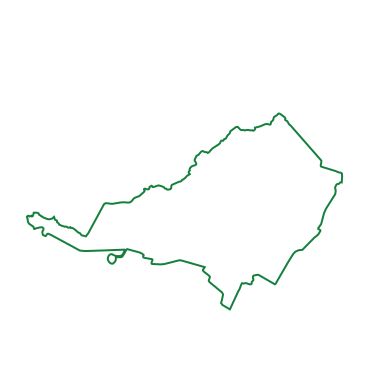 the Province of Ahal, rotated 120°
{"feature_id": "TKM-352", "entity_name": "Ahal", "entity_type": "Province", "adm_level": 1, "iso_a3": "TKM", "parent_name": "Turkmenistan", "parent_adm1": "", "projection": "orthographic", "projection_center": [59.653, 37.88], "detail": "fine", "context": "isolated", "style": "outline", "palette": "green", "viewbox_px": 384, "rotation_deg": 120, "n_neighbors": 0, "source": "natural_earth", "source_scale": "10m", "svg_char_len": 6007}
<svg xmlns="http://www.w3.org/2000/svg" viewBox="0 0 384 384"><g transform="rotate(120 192 192)"><path d="M293.5,319.7L292.9,319.3L293.3,318.6L292.9,318.1L292.5,317.9L292.1,317.9L289.8,318.4L289.1,318.7L288.0,317.0L287.4,315.7L287.2,314.2L287.4,313.9L288.0,313.3L288.1,312.9L288.1,311.9L288.1,311.6L288.4,310.2L288.4,309.7L288.1,309.3L288.4,308.0L288.3,307.1L288.1,306.3L287.9,304.3L287.6,303.3L287.2,302.3L286.7,301.6L285.9,300.7L285.1,300.0L284.2,299.5L283.1,299.3L282.5,299.1L283.0,298.4L283.9,297.6L284.4,297.0L284.5,296.5L284.3,295.4L284.4,294.7L284.7,294.4L285.1,294.3L285.5,294.0L285.7,293.4L285.7,292.3L285.9,291.8L286.1,291.4L286.6,290.8L286.6,290.4L286.6,290.1L286.4,288.4L285.7,285.0L285.0,283.9L284.8,283.4L284.8,282.1L284.7,281.5L284.5,280.9L284.3,280.6L284.1,280.2L283.7,279.9L283.3,279.8L283.4,279.4L283.6,279.0L282.9,277.4L283.1,274.6L284.0,270.1L283.7,269.3L283.7,268.6L283.8,268.0L284.1,267.6L284.3,267.0L284.5,266.4L284.6,265.7L284.5,265.0L283.9,263.6L283.5,261.7L281.7,261.5L279.5,261.2L246.5,262.1L245.0,261.3L244.1,259.7L242.7,256.3L241.8,254.7L237.0,248.9L234.9,245.8L233.2,242.2L231.9,240.4L230.2,239.7L226.5,239.1L224.9,238.1L221.9,235.6L215.5,233.5L215.0,233.5L214.6,233.7L214.1,234.5L213.7,234.9L213.3,235.0L212.7,234.5L212.4,233.6L212.2,232.5L211.9,231.6L211.1,230.8L210.5,230.7L209.1,231.3L208.7,231.2L208.3,231.0L207.7,230.4L206.9,230.3L206.8,229.9L207.0,229.0L207.2,228.7L207.3,228.4L207.0,228.0L206.2,227.1L203.4,224.7L202.9,224.0L202.0,220.1L201.9,218.9L202.1,218.3L202.5,217.3L202.4,216.8L202.1,216.2L202.3,214.9L202.1,214.2L201.2,213.0L200.3,212.1L199.3,211.9L196.8,213.0L195.8,212.9L189.9,208.6L188.5,207.1L188.0,206.8L186.7,206.6L186.1,206.4L185.5,205.9L183.8,205.1L180.3,204.3L177.7,202.8L177.4,203.2L177.3,204.0L176.7,204.7L176.2,204.9L175.8,204.9L174.8,204.7L174.3,204.7L174.0,205.0L173.7,205.3L173.4,205.5L172.4,205.6L171.3,205.5L169.4,204.7L167.2,202.7L166.5,202.3L165.6,202.3L165.0,202.8L164.4,203.6L164.0,204.5L163.4,205.5L162.6,205.8L158.6,206.2L158.0,206.0L156.8,205.1L156.3,204.9L152.8,204.3L152.1,204.0L151.3,203.4L151.1,202.7L151.1,201.9L151.0,200.9L150.9,200.5L150.2,199.2L150.1,198.7L150.2,198.3L150.3,197.9L149.9,197.6L149.2,197.2L148.5,197.0L147.0,196.8L144.1,196.1L137.2,192.6L135.7,192.2L133.5,192.4L132.8,192.2L132.6,191.8L132.2,190.9L131.9,190.6L131.5,190.5L130.8,190.7L130.4,190.6L129.8,190.3L129.3,189.8L128.7,189.4L128.1,189.4L127.4,189.5L125.2,189.5L123.0,188.8L122.3,188.7L121.5,188.8L120.8,189.0L120.1,189.1L113.8,186.4L112.7,184.9L113.7,181.9L113.8,181.0L113.6,180.0L112.7,178.7L112.2,177.0L110.8,175.4L110.3,174.6L109.6,172.6L108.6,170.9L108.4,170.4L108.4,169.9L108.3,169.6L107.8,169.2L106.9,168.9L106.4,168.8L106.0,168.9L105.2,169.2L104.8,169.6L101.1,165.8L97.0,162.8L96.3,162.1L95.5,160.7L95.3,160.2L94.8,158.3L94.5,158.0L94.2,157.8L93.5,157.9L92.2,158.4L91.8,158.5L91.4,158.4L90.2,157.9L89.7,157.8L88.8,157.8L86.5,158.4L86.0,158.4L85.3,158.1L82.9,156.8L82.2,156.6L81.2,156.5L80.8,156.2L80.5,155.8L80.4,155.4L80.3,154.5L80.9,149.3L81.0,148.9L81.2,148.4L81.5,148.1L82.7,147.6L82.9,147.4L83.1,147.1L83.1,146.5L83.0,145.3L83.1,144.9L83.3,144.3L84.8,141.9L84.9,141.4L85.0,140.6L85.3,139.3L99.9,96.4L100.2,95.7L100.5,95.5L101.5,94.9L104.3,94.0L104.8,93.6L105.2,93.3L105.4,92.9L105.3,92.2L102.1,78.3L101.7,74.9L101.6,74.5L101.1,73.5L100.9,72.6L100.9,72.1L101.0,71.7L101.2,71.3L103.6,69.7L108.8,67.1L109.0,67.8L109.4,68.2L109.6,68.4L111.2,68.8L111.7,69.1L112.5,70.1L112.7,70.3L113.2,70.6L113.6,70.6L116.3,70.4L116.6,70.3L116.9,70.1L118.6,68.5L119.6,67.9L122.3,66.9L139.6,67.6L144.7,67.0L155.2,64.1L159.8,64.6L160.6,64.5L160.8,64.3L160.9,64.0L160.8,62.5L160.8,62.2L160.9,61.9L161.0,61.7L161.4,61.4L161.8,61.4L165.2,61.4L168.0,62.2L169.9,63.1L186.9,67.5L189.0,70.4L189.6,70.9L192.1,72.7L195.4,73.4L206.2,73.7L229.6,73.7L230.1,73.8L230.4,74.0L230.5,74.6L230.5,92.6L230.6,93.3L230.9,93.8L233.5,96.8L234.1,97.0L234.9,96.8L235.9,96.3L236.3,95.9L236.9,95.2L237.3,94.9L237.7,94.8L238.3,94.9L239.5,95.2L240.0,95.2L240.5,95.1L241.6,94.5L241.9,94.5L242.3,94.7L242.8,95.3L243.2,96.0L243.3,96.5L243.6,98.5L244.0,99.8L244.1,100.0L244.5,100.6L244.9,100.9L245.4,101.4L245.5,101.6L245.8,102.7L245.9,103.0L247.3,103.1L252.9,102.2L254.7,102.3L274.7,100.5L274.6,109.3L274.1,110.2L273.7,111.3L270.9,112.0L265.3,113.8L264.0,115.6L261.4,131.0L261.2,131.9L260.7,132.9L260.0,133.3L257.3,133.8L256.5,134.1L256.2,134.8L255.9,135.7L255.1,141.4L254.9,142.4L254.5,143.3L253.8,143.6L253.0,143.6L250.7,143.4L256.4,166.2L257.3,168.7L268.4,180.1L270.2,182.7L273.9,189.8L274.3,191.0L273.8,191.5L273.1,191.8L271.2,192.1L270.5,192.3L270.2,192.7L270.3,193.4L272.6,199.6L273.0,201.3L272.5,201.9L271.8,202.3L270.8,202.3L270.4,204.0L270.5,206.9L273.9,219.6L274.3,219.8L275.0,220.0L276.3,219.9L277.3,220.0L278.2,219.8L282.2,220.0L282.8,220.1L283.4,220.4L283.6,220.6L284.1,221.1L286.4,225.2L286.5,225.3L287.8,224.6L289.1,224.0L290.7,223.9L292.6,224.3L293.4,224.6L293.8,225.0L294.0,225.4L294.3,226.0L294.4,226.6L294.4,227.3L294.2,228.3L293.9,229.2L293.5,229.9L292.9,230.7L292.7,231.0L291.5,231.7L290.4,232.1L289.8,232.2L289.2,232.2L288.5,232.2L287.8,232.0L287.1,231.7L286.7,231.3L286.1,230.7L285.9,230.3L285.8,227.6L285.5,226.3L285.0,225.0L284.0,223.1L283.3,222.2L282.4,221.4L281.8,221.1L279.8,220.7L279.1,220.8L278.2,221.0L276.2,221.1L275.9,221.1L275.6,221.3L275.7,221.7L285.8,237.7L296.5,254.9L298.8,259.9L299.7,293.0L300.1,295.9L300.6,296.2L301.1,296.5L303.1,296.6L303.5,297.0L303.7,299.7L303.5,300.0L302.8,300.6L302.4,300.9L301.8,301.4L301.3,301.7L300.7,301.8L299.3,301.8L298.4,302.0L298.1,302.2L297.8,302.5L297.5,303.2L297.5,303.6L297.5,304.0L298.3,305.4L298.6,305.9L299.3,306.7L299.9,307.2L301.7,309.2L302.5,309.6L302.9,310.1L302.9,310.3L302.8,310.5L301.8,311.4L301.5,311.9L301.4,312.2L301.3,312.5L301.0,316.6L300.9,317.4L300.7,317.9L299.3,319.6L298.9,319.9L297.4,321.0L297.0,321.4L296.5,322.1L296.0,322.6L295.7,322.5L295.2,322.4L294.8,322.2L294.5,321.9L294.2,321.5L294.2,321.2L294.4,320.6L294.4,320.4L293.6,319.8L293.5,319.7Z" fill="none" stroke="#15803d" stroke-width="2"/></g></svg>